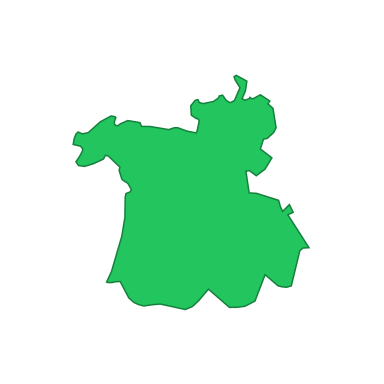 Essex, Massachusetts, United States of America (Albers equal-area conic projection), rotated 204°
{"feature_id": "52423323B80508488513851", "entity_name": "Essex", "entity_type": "district", "adm_level": 2, "iso_a3": "USA", "parent_name": "United States of America", "parent_adm1": "Massachusetts", "projection": "albers", "projection_center": [-70.899, 42.651], "detail": "fine", "context": "isolated", "style": "filled", "palette": "green", "viewbox_px": 384, "rotation_deg": 204, "n_neighbors": 0, "source": "geoboundaries", "source_scale": "gbopen_adm2", "svg_char_len": 1945}
<svg xmlns="http://www.w3.org/2000/svg" viewBox="0 0 384 384"><g transform="rotate(204 192 192)"><path d="M177.6,302.0L177.6,300.7L181.0,297.3L184.2,297.6L184.3,306.0L187.0,315.6L199.0,316.6L200.5,314.4L198.0,311.8L196.1,310.5L190.6,306.8L190.5,297.6L190.4,292.9L190.6,292.7L192.7,289.8L194.4,289.1L198.1,289.7L203.5,292.9L206.2,290.8L206.0,289.6L206.5,288.0L209.2,283.4L217.8,277.3L221.8,276.7L224.1,278.8L226.3,277.2L228.2,270.3L223.9,261.9L218.0,260.8L217.0,261.4L214.4,260.2L212.4,251.0L212.1,249.4L212.4,247.6L221.4,245.6L231.2,244.9L234.3,243.5L238.7,239.5L242.7,238.5L256.9,234.8L264.8,231.4L267.7,234.2L273.0,232.9L279.8,231.1L285.3,225.0L286.5,222.7L287.5,222.1L288.7,221.9L289.9,222.1L290.8,223.2L291.5,224.6L291.7,226.9L291.7,228.8L293.0,229.5L296.9,228.5L304.3,218.9L311.0,203.9L316.0,200.5L320.5,200.5L321.5,197.9L321.4,193.3L321.3,192.9L319.9,187.1L312.4,188.5L309.2,186.8L308.8,184.4L309.2,178.8L310.3,172.4L306.4,170.0L300.5,171.7L293.3,178.0L286.3,186.1L286.0,190.2L283.3,190.9L268.9,185.7L267.9,185.3L267.5,182.3L261.8,175.7L260.2,174.7L254.1,173.8L248.5,169.6L248.5,167.0L251.7,163.7L251.0,160.4L242.9,141.3L242.1,138.1L238.1,122.9L236.1,107.7L233.2,86.5L233.4,75.0L231.6,75.2L228.1,76.8L225.6,78.8L221.2,81.0L206.6,69.5L200.2,67.5L195.6,67.4L190.5,68.1L189.3,68.5L189.0,68.7L182.2,73.0L175.5,76.7L162.6,79.4L160.6,79.8L150.3,81.9L145.2,87.4L144.0,89.9L141.6,95.7L137.5,109.9L117.4,103.8L110.9,101.8L104.2,104.9L98.1,108.5L97.8,108.7L97.2,109.2L94.6,112.3L91.6,116.1L90.1,118.0L91.6,146.2L81.4,143.1L75.3,141.3L71.6,141.9L66.9,143.4L63.1,146.6L69.6,182.1L67.9,185.9L62.5,188.7L95.2,210.2L91.3,214.6L97.9,220.1L101.3,211.1L105.4,214.7L109.5,219.6L132.6,217.0L139.4,214.4L151.2,232.9L148.4,234.9L139.9,233.0L134.6,242.5L132.9,255.7L147.0,259.1L148.2,269.4L145.1,271.5L141.6,279.5L141.3,284.9L152.1,301.4L158.4,303.4L157.9,306.8L169.1,308.6L174.5,301.6L177.6,302.0Z" fill="#22c55e" stroke="#15803d" stroke-width="1.5"/></g></svg>